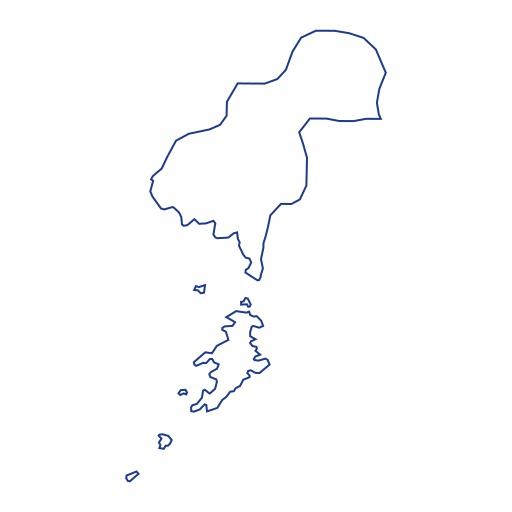 Sonchon, P'yŏngan-bukto, North Korea (orthographic projection)
{"feature_id": "82179303B49493469146837", "entity_name": "Sonchon", "entity_type": "district", "adm_level": 2, "iso_a3": "PRK", "parent_name": "North Korea", "parent_adm1": "P'yŏngan-bukto", "projection": "orthographic", "projection_center": [124.88, 39.674], "detail": "fine", "context": "isolated", "style": "outline", "palette": "blue", "viewbox_px": 512, "rotation_deg": 0, "n_neighbors": 0, "source": "geoboundaries", "source_scale": "gbopen_adm2", "svg_char_len": 2852}
<svg xmlns="http://www.w3.org/2000/svg" viewBox="0 0 512 512"><path d="M315.9,30.7L301.2,37.6L292.6,51.4L285.9,69.8L277.4,79.0L264.8,83.6L250.2,83.5L237.7,83.4L226.9,101.8L226.6,115.7L220.1,124.8L209.6,129.4L199.1,131.6L188.7,133.8L176.0,140.7L167.3,156.8L161.6,168.7L156.3,173.1L152.7,176.3L151.1,179.3L153.1,180.8L150.3,191.4L152.5,196.6L161.0,208.5L164.4,209.4L172.6,207.0L174.3,208.0L179.1,212.6L181.3,217.1L182.0,224.5L183.8,225.8L187.4,225.1L194.4,219.2L199.2,223.8L206.2,223.4L206.6,223.2L213.4,220.8L215.3,223.3L213.4,234.5L215.3,237.4L217.1,238.2L228.3,237.6L233.7,233.3L237.1,232.4L237.8,238.7L239.6,242.2L239.0,245.8L243.6,255.2L245.8,257.7L249.4,258.5L251.2,262.5L248.5,268.0L245.8,269.9L245.4,272.5L251.8,276.7L257.5,280.3L259.2,280.0L260.7,276.8L260.7,275.4L262.9,268.5L261.0,259.2L263.4,247.7L263.5,243.1L265.7,236.1L268.0,226.9L270.3,215.4L281.0,203.9L291.4,204.0L299.9,199.4L306.4,185.5L306.7,171.7L307.0,157.8L303.1,143.9L299.2,132.3L309.9,118.5L326.6,118.6L339.0,121.0L353.6,121.1L366.2,118.8L376.6,118.9L380.8,118.9L378.8,114.3L376.9,102.7L379.3,88.9L385.8,72.7L381.8,63.4L375.9,49.5L363.6,37.9L349.1,33.2L345.6,32.6L334.6,30.8L315.9,30.7ZM239.8,311.7L236.2,311.1L226.3,317.1L235.1,322.2L232.4,325.9L224.6,326.4L222.3,328.0L222.3,329.9L225.9,331.7L228.4,339.9L216.9,345.8L211.9,353.3L205.3,352.3L193.9,362.2L194.5,364.8L196.2,365.8L197.0,365.5L203.0,362.9L206.2,363.1L209.9,359.0L212.2,359.0L214.2,362.5L218.7,364.3L217.1,368.6L210.6,372.3L209.3,374.2L210.4,377.1L216.2,379.3L216.9,381.8L215.1,388.8L209.7,393.6L204.7,389.7L203.1,390.7L201.9,397.7L196.9,403.9L192.3,405.3L191.1,407.4L191.3,411.2L194.1,411.6L199.8,409.4L204.6,404.4L206.3,405.0L206.5,406.8L207.0,411.4L213.3,409.3L217.4,407.8L222.3,399.9L226.1,397.1L230.2,391.7L233.8,391.2L235.6,388.2L240.1,385.9L243.3,379.7L249.6,377.2L249.6,375.5L247.3,373.1L248.3,370.9L250.8,370.3L255.5,372.9L259.5,373.0L269.6,364.6L267.6,359.8L265.4,358.6L263.8,359.1L258.5,360.6L254.6,360.1L253.8,359.0L255.4,356.5L260.1,354.7L255.5,350.8L256.8,348.8L256.5,346.9L252.5,346.0L250.1,343.1L250.9,341.4L255.5,339.2L250.2,336.3L250.1,332.3L251.7,326.8L253.2,325.9L259.2,327.7L263.1,326.0L261.2,320.7L256.6,316.1L253.7,316.6L250.2,315.0L249.1,311.6L246.4,312.6L239.8,311.7ZM170.1,443.5L171.7,440.0L168.3,435.9L162.5,434.3L159.4,434.6L158.7,435.7L161.5,438.6L158.9,442.5L160.4,444.9L159.4,448.1L163.8,448.8L165.7,445.7L167.8,445.8L170.1,443.5ZM138.5,473.8L136.5,471.5L126.6,475.5L126.2,478.2L127.8,480.9L129.9,481.3L138.5,473.8ZM205.0,285.1L198.9,287.1L195.9,286.1L194.2,290.1L197.9,290.3L200.7,293.2L204.0,292.7L205.0,285.1ZM247.8,298.6L245.5,298.0L243.6,301.4L241.1,301.9L241.1,304.6L246.9,304.3L248.2,306.8L249.7,306.6L250.7,304.5L247.8,298.6ZM187.0,392.5L185.5,389.8L180.8,390.1L178.5,393.3L180.2,395.0L183.8,393.4L186.2,394.4L187.0,392.5Z" fill="none" stroke="#1e3a8a" stroke-width="2"/></svg>